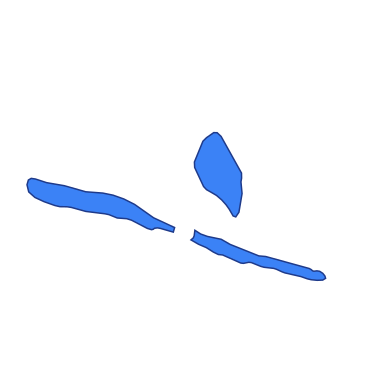 Penama, Equal Earth projection, rotated 112°
{"feature_id": "VUT-564", "entity_name": "Penama", "entity_type": "Province", "adm_level": 1, "iso_a3": "VUT", "parent_name": "Vanuatu", "parent_adm1": "", "projection": "equal_earth", "projection_center": [168.1, -15.454], "detail": "fine", "context": "isolated", "style": "filled", "palette": "blue", "viewbox_px": 384, "rotation_deg": 112, "n_neighbors": 0, "source": "natural_earth", "source_scale": "10m", "svg_char_len": 1304}
<svg xmlns="http://www.w3.org/2000/svg" viewBox="0 0 384 384"><g transform="rotate(112 192 192)"><path d="M238.2,210.6L239.7,213.2L241.1,214.0L242.1,215.4L242.5,219.8L240.8,237.6L241.2,242.5L244.1,251.6L244.1,260.5L244.8,264.5L249.8,283.2L251.5,298.1L252.5,302.3L255.1,309.0L255.9,314.1L256.4,325.5L255.9,335.6L253.1,343.4L247.1,347.7L242.2,348.2L239.6,346.2L238.6,342.0L237.8,330.3L234.0,312.8L231.6,290.6L226.4,274.3L224.5,264.0L224.0,252.6L225.0,240.6L230.3,218.0L231.5,194.8L236.2,194.3L237.6,207.7L238.2,210.6ZM185.1,174.0L184.4,179.4L182.6,183.3L168.3,198.7L163.3,201.0L140.8,200.9L136.2,198.9L128.8,194.1L127.6,190.9L129.6,185.8L155.9,153.2L160.6,151.2L164.3,150.4L174.7,145.0L193.2,140.9L198.7,142.1L198.8,144.9L193.9,151.2L191.1,155.6L188.2,161.5L186.0,168.0L185.1,174.0ZM219.0,54.6L219.3,52.3L219.9,50.8L219.8,49.3L218.3,46.6L217.7,43.9L218.4,40.3L220.1,37.3L222.0,35.8L224.7,37.8L227.0,42.9L228.7,48.7L229.3,52.6L229.6,59.3L232.2,75.5L232.3,78.5L232.0,84.6L232.2,87.6L234.8,97.0L235.2,100.3L235.2,110.5L235.9,113.0L238.9,117.6L239.6,120.2L238.9,140.0L240.1,144.2L239.7,149.7L238.2,157.9L238.0,166.4L236.8,175.0L234.0,173.6L231.7,173.6L226.4,175.0L227.7,168.2L227.4,161.0L224.9,147.2L226.3,137.1L226.2,106.1L224.2,99.5L219.0,54.6Z" fill="#3b82f6" stroke="#1e3a8a" stroke-width="1.5"/></g></svg>